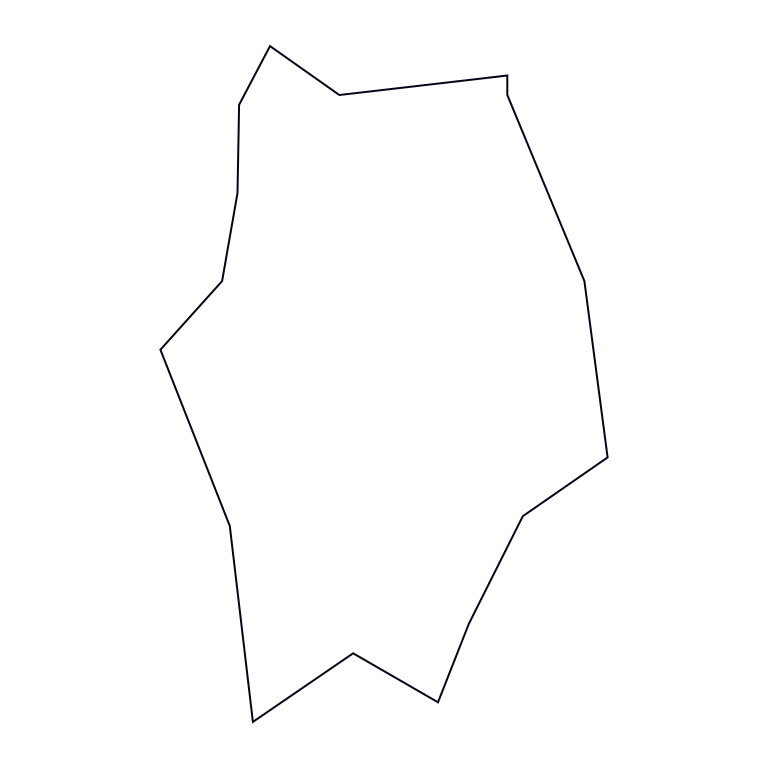 the Urban county of Kaposvár
{"feature_id": "HUN-4912", "entity_name": "Kaposvár", "entity_type": "Urban county", "adm_level": 1, "iso_a3": "HUN", "parent_name": "Hungary", "parent_adm1": "", "projection": "natural_earth1", "projection_center": [17.786, 46.351], "detail": "fine", "context": "isolated", "style": "outline", "palette": "ink", "viewbox_px": 768, "rotation_deg": 0, "n_neighbors": 0, "source": "natural_earth", "source_scale": "10m", "svg_char_len": 326}
<svg xmlns="http://www.w3.org/2000/svg" viewBox="0 0 768 768"><path d="M270.0,46.1L339.3,95.0L507.3,75.5L507.3,95.0L584.4,281.1L607.6,457.4L522.8,516.2L468.8,623.9L438.0,702.3L353.1,653.3L252.9,721.9L229.8,526.0L160.4,349.7L222.1,281.1L237.5,193.0L239.1,104.8L270.0,46.1Z" fill="none" stroke="#020617" stroke-width="2"/></svg>